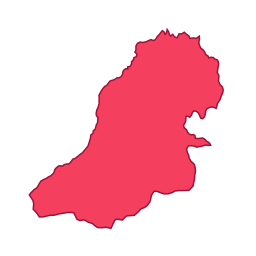 Cordeiros, Bahia, Brazil (Robinson projection), rotated 7°
{"feature_id": "56859067B54638855899687", "entity_name": "Cordeiros", "entity_type": "district", "adm_level": 2, "iso_a3": "BRA", "parent_name": "Brazil", "parent_adm1": "Bahia", "projection": "robinson", "projection_center": [-41.901, -15.032], "detail": "fine", "context": "isolated", "style": "filled", "palette": "rose", "viewbox_px": 256, "rotation_deg": 7, "n_neighbors": 0, "source": "geoboundaries", "source_scale": "gbopen_adm2", "svg_char_len": 2989}
<svg xmlns="http://www.w3.org/2000/svg" viewBox="0 0 256 256"><g transform="rotate(7 128 128)"><path d="M50.9,227.1L55.2,226.4L61.1,224.2L65.6,223.5L67.9,222.5L69.9,221.7L78.4,219.2L82.8,218.6L84.8,219.0L88.3,224.7L91.4,225.8L95.5,224.5L100.4,226.4L104.4,227.2L107.3,229.2L109.9,230.5L114.0,230.2L118.3,229.2L123.3,229.7L126.0,221.5L127.6,219.8L133.7,220.0L135.8,217.1L137.5,215.4L145.0,213.9L148.5,209.8L150.9,206.5L154.1,204.9L156.5,202.6L158.6,198.9L159.1,196.6L159.4,192.0L161.5,187.8L164.1,187.3L171.6,189.0L176.0,188.4L179.9,186.6L182.2,184.8L186.2,183.9L196.1,182.5L199.7,177.6L199.8,174.4L200.1,172.4L200.2,169.7L200.0,166.5L200.3,162.8L199.6,159.5L198.4,156.3L196.6,154.7L194.6,153.4L192.5,150.7L191.5,147.7L190.3,145.7L189.2,143.5L188.7,141.5L190.2,138.3L194.0,137.8L196.6,138.0L198.5,138.7L200.6,137.9L202.7,137.4L204.5,136.6L207.1,135.5L209.3,135.6L212.1,135.0L211.0,133.4L209.4,132.2L207.7,131.6L206.1,130.1L203.2,128.8L200.8,129.5L198.0,130.0L196.2,130.0L195.3,127.2L193.5,126.5L191.5,127.2L189.2,126.4L187.8,125.0L186.2,122.5L183.8,121.0L182.8,118.5L183.8,116.3L184.4,114.2L184.3,111.9L184.2,109.5L185.9,108.9L188.0,109.8L189.3,107.9L190.0,105.0L191.1,103.0L194.0,103.2L196.3,104.8L197.3,106.5L199.0,109.4L200.9,109.7L202.6,107.6L203.1,104.5L203.0,101.6L204.1,99.1L206.3,97.8L208.3,96.9L211.0,97.1L213.1,97.8L213.6,95.0L213.8,92.8L215.1,90.2L216.1,87.8L216.5,85.3L217.2,83.3L217.8,81.0L217.8,78.3L216.7,75.8L214.0,73.6L212.2,70.7L211.8,64.9L209.8,62.0L209.9,58.3L210.2,54.2L209.6,51.1L208.0,49.3L205.7,49.1L204.2,47.7L201.9,47.6L199.9,48.6L198.6,46.8L196.3,45.7L194.9,43.3L192.9,41.2L190.5,39.8L188.5,36.7L187.8,33.8L188.2,31.0L187.6,28.2L184.9,30.7L182.0,30.6L178.5,31.5L177.1,29.1L174.8,28.0L172.2,26.1L169.7,28.1L167.3,28.2L165.7,32.5L163.2,31.9L161.0,29.6L158.9,31.5L157.4,29.6L156.6,27.5L154.9,25.5L154.6,28.7L153.3,30.5L152.1,28.3L150.2,27.2L148.5,30.0L147.4,31.8L145.9,33.6L145.0,35.9L143.6,37.7L141.7,38.0L140.1,37.4L138.1,38.6L135.4,40.2L132.4,41.3L129.6,41.2L127.1,42.8L125.9,45.6L126.4,49.8L125.6,51.8L127.9,53.6L127.5,56.3L125.3,57.4L124.9,60.0L123.4,61.8L123.7,64.0L122.6,66.7L120.3,67.3L120.5,69.5L118.5,69.4L117.0,70.8L116.1,72.7L116.0,75.4L114.8,78.0L113.0,79.3L110.8,79.6L109.0,81.5L106.8,82.5L104.4,83.6L103.4,85.2L101.7,88.4L99.9,89.5L98.2,92.0L96.8,94.8L96.0,97.0L95.2,99.0L95.8,102.2L96.0,104.8L96.4,107.1L95.8,111.1L94.8,114.0L94.6,117.3L95.2,119.6L97.0,121.6L97.0,124.2L97.1,126.8L96.2,128.6L95.9,131.0L95.5,133.5L94.0,134.7L93.8,137.6L92.0,139.5L91.9,143.3L91.1,147.7L90.5,150.8L88.9,153.3L87.2,156.0L85.6,158.4L83.7,160.0L81.5,162.4L79.1,164.7L77.0,165.7L75.8,168.0L74.0,170.7L71.3,171.3L69.0,172.2L67.5,173.9L65.4,173.7L63.7,174.2L61.9,176.0L60.5,178.0L59.8,181.7L57.3,184.8L54.9,186.3L53.0,188.0L50.6,189.4L48.1,191.2L46.8,193.8L45.9,196.2L44.7,198.7L42.3,200.5L41.1,202.3L39.4,204.3L38.2,206.4L40.3,208.9L42.5,211.5L43.7,215.0L43.7,217.7L43.8,220.2L46.3,222.2L48.5,224.3L50.9,227.1Z" fill="#f43f5e" stroke="#9f1239" stroke-width="1.5"/></g></svg>